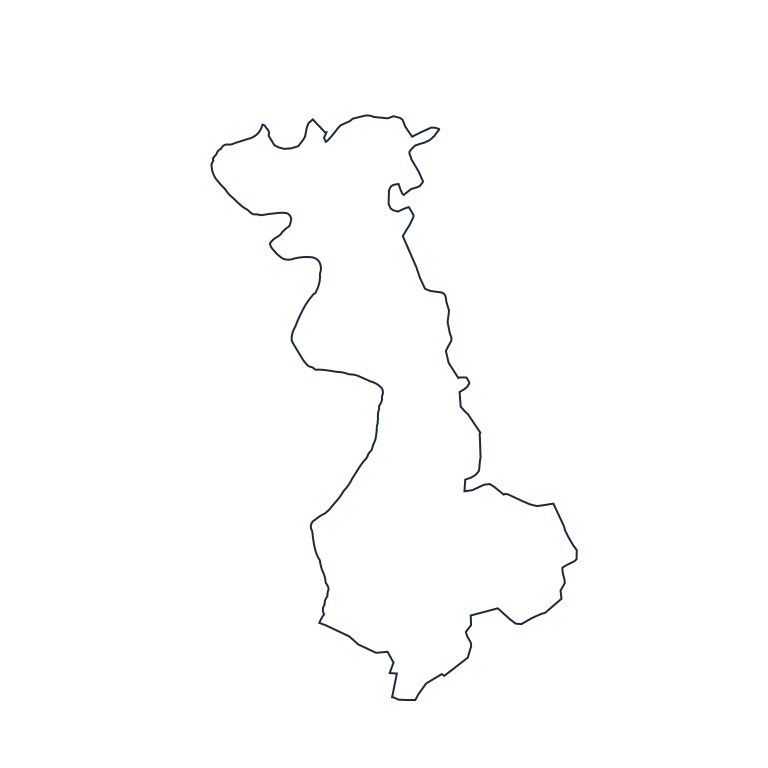 the district of Samannud, Al Gharbiyah, Egypt, rotated 149°
{"feature_id": "37247803B28688372464969", "entity_name": "Samannud", "entity_type": "district", "adm_level": 2, "iso_a3": "EGY", "parent_name": "Egypt", "parent_adm1": "Al Gharbiyah", "projection": "albers", "projection_center": [31.248, 30.95], "detail": "fine", "context": "isolated", "style": "outline", "palette": "slate", "viewbox_px": 768, "rotation_deg": 149, "n_neighbors": 0, "source": "geoboundaries", "source_scale": "gbopen_adm2", "svg_char_len": 6165}
<svg xmlns="http://www.w3.org/2000/svg" viewBox="0 0 768 768"><g transform="rotate(149 384 384)"><path d="M205.5,574.1L207.9,577.1L211.5,579.5L223.0,580.8L232.6,581.5L233.2,594.1L232.6,597.1L232.0,600.7L233.1,603.7L237.9,608.6L244.0,609.8L255.4,618.3L256.6,620.1L259.6,622.6L262.0,623.8L274.1,627.5L277.7,626.9L288.0,628.1L291.7,627.0L301.3,623.4L307.4,621.6L309.2,621.6L308.6,625.9L303.7,629.4L304.9,630.0L308.8,647.5L314.5,646.4L318.2,643.4L324.2,636.8L327.3,635.0L335.1,632.0L342.4,633.9L348.4,636.9L352.6,641.2L355.0,645.4L355.0,656.2L353.1,658.6L352.5,661.0L353.1,664.6L353.1,667.0L354.6,668.9L356.1,667.6L357.6,666.4L359.9,665.0L361.6,664.2L362.6,663.8L363.4,663.6L365.2,663.3L367.1,663.1L369.0,663.1L370.3,663.2L372.1,663.5L374.7,664.2L388.4,667.5L390.0,667.6L390.8,667.8L391.6,668.1L393.2,668.8L394.8,669.9L396.0,670.6L397.4,670.9L398.8,671.0L400.2,670.7L400.9,670.5L401.5,670.2L402.6,669.5L404.0,669.6L404.7,669.6L406.2,669.2L407.5,668.7L408.1,668.3L409.2,667.3L412.2,666.4L414.0,665.6L414.7,665.2L415.1,663.5L416.9,662.5L418.0,661.7L418.6,661.2L419.7,659.3L420.6,657.4L421.3,655.5L421.8,653.5L422.2,651.5L422.4,649.5L422.5,647.4L422.3,645.4L421.3,639.2L419.8,632.8L419.7,630.4L419.5,628.2L419.1,626.0L418.7,624.6L418.3,623.2L417.5,620.9L415.9,614.9L414.6,610.6L413.5,607.8L412.9,606.5L411.9,604.8L411.0,602.8L410.7,601.8L410.2,599.7L409.8,598.8L408.7,596.9L407.3,595.9L404.4,594.0L403.9,593.2L403.1,592.7L402.5,592.0L395.1,589.0L389.3,586.3L387.0,585.3L383.9,583.7L380.9,581.8L379.9,581.1L379.0,579.9L378.6,579.3L378.3,578.5L378.0,577.5L377.9,576.7L378.0,575.2L378.3,573.7L378.8,572.9L380.4,571.1L382.2,569.4L383.5,568.3L385.1,567.9L387.2,567.9L388.1,567.7L390.8,567.1L392.5,566.8L394.3,566.0L395.2,565.6L397.2,565.2L398.3,565.1L402.1,565.1L404.6,564.8L405.8,564.5L407.6,564.0L408.7,563.5L409.4,563.1L409.7,562.5L410.0,561.0L410.2,560.1L410.2,558.3L409.3,553.1L409.0,551.4L408.3,549.0L407.1,545.7L405.9,543.2L404.4,541.6L402.7,540.3L400.9,539.2L399.9,538.8L398.9,538.4L396.3,537.8L394.3,537.1L391.6,536.1L389.0,534.9L386.4,533.6L384.8,532.6L382.4,531.1L380.1,529.4L378.9,528.1L378.3,527.4L377.5,525.8L376.9,524.2L376.7,523.3L376.6,522.4L376.6,521.6L376.9,519.6L377.5,517.6L378.4,515.8L378.9,514.9L380.2,513.3L382.3,511.3L383.9,508.4L384.8,507.2L386.2,505.3L388.4,503.0L390.7,500.9L392.6,499.5L394.5,498.3L395.7,497.4L396.6,497.2L397.4,497.4L398.7,497.1L404.2,495.1L409.2,492.9L414.9,489.7L417.6,488.0L421.6,485.4L425.5,482.7L430.8,478.6L432.2,477.9L433.8,476.8L435.8,475.2L436.7,474.3L438.0,472.9L439.6,470.8L440.9,468.3L441.0,463.6L441.0,447.8L440.8,444.6L440.3,441.3L439.9,439.5L439.5,438.6L439.2,437.9L438.7,437.2L437.6,436.1L436.7,434.9L436.1,433.5L435.6,431.9L435.1,431.3L434.4,430.9L433.5,430.5L432.1,429.7L428.0,426.8L423.0,422.8L418.4,418.8L416.6,417.6L414.7,416.2L413.5,415.2L411.9,413.6L410.8,412.4L409.2,410.5L406.9,408.9L405.3,407.7L403.8,406.3L402.5,404.9L401.6,403.7L394.1,393.0L392.7,391.4L391.7,390.2L390.4,388.1L389.3,385.8L388.3,382.7L388.1,381.3L388.2,379.9L388.7,378.4L389.1,377.7L389.6,376.7L390.7,375.6L391.9,374.7L392.9,373.0L394.0,371.4L395.0,370.4L395.7,369.8L397.1,368.9L398.3,368.4L399.0,368.0L399.9,367.2L400.4,366.2L400.8,365.4L402.9,363.4L404.2,361.9L405.8,359.7L407.5,356.5L408.2,355.8L408.7,355.3L409.5,353.8L411.1,352.2L412.4,350.7L413.0,349.9L414.0,348.1L416.0,345.6L418.0,343.0L419.2,341.8L420.2,340.6L422.4,339.0L424.5,337.5L428.4,333.9L431.1,333.0L433.4,332.2L434.8,331.0L435.6,330.4L437.3,329.4L438.2,329.1L441.0,328.3L442.8,327.6L444.6,326.9L447.2,325.7L460.3,319.1L463.2,317.3L466.4,315.7L469.8,314.3L473.9,313.0L477.5,311.1L481.2,309.5L483.1,308.8L490.1,306.5L496.0,304.4L498.7,303.9L501.4,303.5L505.1,303.7L507.5,303.7L510.0,303.5L512.5,303.1L514.2,303.1L515.7,302.9L517.1,302.3L518.4,301.5L519.5,300.4L520.3,299.2L520.9,297.8L521.1,297.0L521.2,296.3L521.3,295.2L521.9,293.5L523.7,289.6L525.9,284.4L527.9,278.7L528.6,276.3L529.2,273.8L529.6,271.3L529.8,268.8L529.8,266.0L531.2,262.4L532.3,258.9L532.9,256.1L533.5,251.8L534.2,248.8L535.0,246.7L536.2,243.9L536.4,243.1L536.2,242.1L536.2,240.2L536.6,238.2L537.0,236.8L538.8,235.3L539.5,234.5L540.7,233.0L541.8,231.3L543.5,230.5L545.1,229.5L545.9,228.9L547.1,227.6L548.5,225.6L550.0,224.7L550.7,224.3L551.8,223.2L552.7,221.9L553.4,220.4L553.8,218.9L554.0,217.4L555.9,216.6L557.5,215.7L560.0,214.3L562.5,212.6L558.3,207.3L543.8,185.6L540.4,174.8L540.2,174.0L529.3,157.7L518.9,152.6L519.3,140.3L528.0,133.3L522.1,129.2L538.4,111.3L536.9,110.1L534.1,105.9L526.3,100.8L519.9,97.0L514.6,100.2L502.2,105.6L484.0,105.6L482.6,102.8L453.1,106.3L444.3,114.4L443.0,117.1L442.8,118.1L442.6,125.1L441.6,129.3L433.6,132.4L428.9,140.9L402.0,133.1L397.3,117.7L394.5,110.7L389.8,107.4L378.0,107.2L373.4,106.7L367.5,105.9L363.6,104.9L342.5,108.5L339.0,116.1L331.7,120.1L329.8,123.9L329.2,126.3L327.9,130.5L326.1,134.1L325.5,134.7L320.1,134.7L312.2,134.0L309.2,134.6L304.3,142.4L304.9,147.8L304.8,157.5L304.2,165.3L303.0,169.5L300.4,194.2L312.5,199.1L316.1,200.9L320.9,205.7L325.7,212.4L334.7,225.7L337.1,227.5L338.3,227.5L342.5,239.0L344.9,243.8L350.3,246.2L357.6,246.9L363.0,247.5L370.3,250.6L363.6,260.2L357.5,258.9L352.7,258.9L350.3,259.5L347.2,260.7L340.6,269.7L339.3,270.9L329.6,288.3L327.8,291.9L326.5,292.5L327.6,314.7L328.8,319.0L330.0,325.0L323.3,338.2L317.9,338.2L314.2,338.7L310.6,340.5L310.0,342.3L310.0,347.1L316.0,350.8L317.2,350.8L317.7,368.9L314.0,380.3L313.4,380.9L312.2,381.5L310.4,382.7L304.3,386.2L302.5,388.6L301.3,394.0L297.6,404.3L291.5,412.0L290.3,413.8L289.0,419.3L287.8,423.5L286.6,425.9L286.0,428.3L286.0,430.1L287.2,432.5L296.2,439.8L298.6,442.8L299.8,444.6L298.5,456.6L296.1,467.5L291.7,501.1L285.0,504.7L280.2,507.1L272.9,511.9L271.7,513.7L271.6,522.7L273.4,523.3L276.4,523.9L283.1,524.6L286.7,528.2L287.9,531.2L287.3,536.0L280.0,547.4L276.3,549.8L273.3,549.8L268.5,548.0L269.1,545.0L269.7,542.6L270.3,537.7L269.7,535.9L265.5,536.5L260.1,537.1L255.2,535.8L251.6,535.2L246.8,537.0L246.2,537.6L244.9,548.4L244.8,562.9L244.2,564.1L243.6,568.3L242.4,570.1L239.3,571.3L234.5,572.4L229.1,571.2L224.8,570.0L222.4,570.0L220.9,569.5L216.4,569.9L214.6,570.5L213.4,570.5L210.9,571.7L206.1,573.5L205.5,574.1Z" fill="none" stroke="#1e293b" stroke-width="2"/></g></svg>